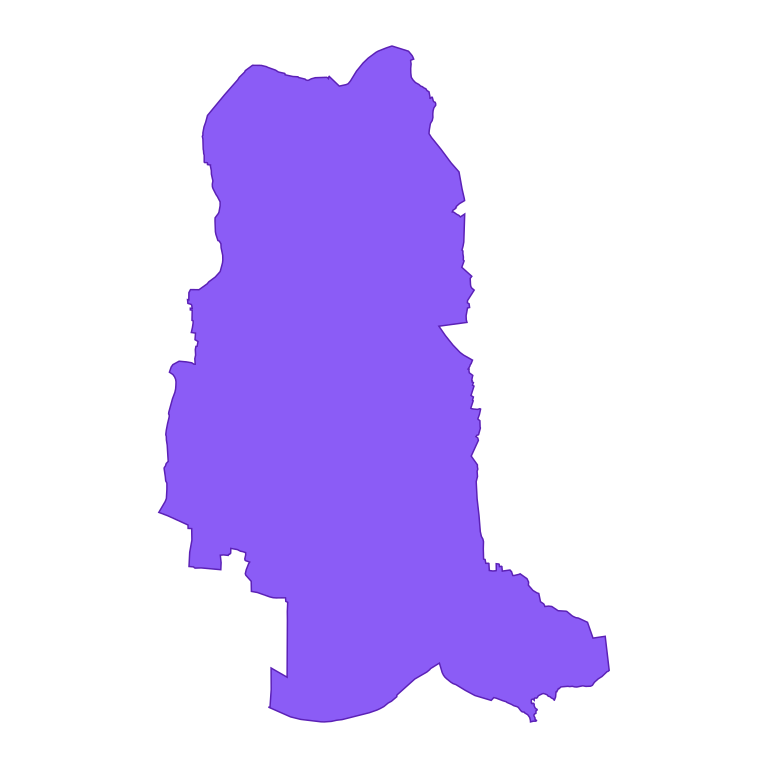 outline of Bang Sai, Phra Nakhon Si Ayutthaya, Thailand
{"feature_id": "78962969B26505935473539", "entity_name": "Bang Sai", "entity_type": "district", "adm_level": 2, "iso_a3": "THA", "parent_name": "Thailand", "parent_adm1": "Phra Nakhon Si Ayutthaya", "projection": "robinson", "projection_center": [100.488, 14.22], "detail": "fine", "context": "isolated", "style": "filled", "palette": "violet", "viewbox_px": 768, "rotation_deg": 0, "n_neighbors": 0, "source": "geoboundaries", "source_scale": "gbopen_adm2", "svg_char_len": 6068}
<svg xmlns="http://www.w3.org/2000/svg" viewBox="0 0 768 768"><path d="M207.5,115.4L205.7,122.1L204.0,126.9L202.9,132.8L202.9,135.2L202.3,136.3L202.9,139.0L203.2,149.3L203.5,150.6L203.7,153.6L204.2,155.2L204.2,162.1L204.7,162.6L206.5,162.6L207.4,162.8L207.6,163.2L207.4,164.1L207.5,164.6L210.5,165.0L210.4,166.1L211.3,170.5L211.4,174.2L212.9,180.9L212.3,184.1L212.4,186.8L213.0,188.6L216.1,194.7L217.4,196.6L220.1,201.8L220.1,205.8L219.0,212.0L218.4,213.4L215.1,217.8L215.0,220.8L215.4,231.8L215.9,234.4L217.9,240.5L219.3,241.1L220.9,243.7L221.1,247.7L222.7,255.3L222.8,260.1L222.5,262.9L220.2,271.5L215.3,277.0L208.8,281.8L207.2,283.8L199.0,289.7L190.5,289.6L188.9,292.6L188.8,299.9L187.5,299.6L187.9,303.4L191.2,304.4L191.7,305.2L192.2,308.3L190.3,308.2L190.3,309.9L192.2,310.2L192.0,320.4L192.9,320.6L193.1,321.0L193.1,323.0L192.4,327.6L191.3,332.5L195.5,333.1L195.0,339.7L198.0,341.5L197.1,346.3L195.9,346.4L195.3,349.6L195.6,355.1L194.8,358.7L195.2,364.2L193.9,364.2L191.8,362.8L186.5,361.9L179.1,361.2L172.9,364.6L171.2,367.0L169.4,372.2L172.9,374.5L174.6,376.9L175.6,379.3L176.0,381.9L175.9,385.2L175.6,389.0L174.9,392.3L172.5,398.7L168.8,412.2L168.6,413.9L169.2,414.9L169.2,416.8L167.6,423.4L166.3,430.1L165.9,433.4L165.8,434.9L166.3,436.4L166.4,440.0L167.2,445.1L168.2,461.4L166.2,463.5L165.4,466.1L164.3,467.5L164.1,468.5L165.3,476.6L165.7,480.9L166.7,482.7L166.9,483.7L166.9,489.2L166.4,498.4L165.2,501.5L158.8,512.4L167.6,515.7L188.0,525.0L188.1,528.4L191.7,528.6L191.9,540.1L189.7,552.3L189.0,566.5L193.5,566.9L194.6,567.9L195.1,568.1L201.1,567.9L220.8,569.7L221.1,562.7L220.3,555.2L223.5,554.9L228.2,555.4L228.5,554.5L229.7,554.3L229.9,553.7L230.7,553.1L230.8,548.4L237.4,549.6L240.5,551.2L242.6,551.6L245.6,552.6L245.7,554.8L244.8,558.8L245.0,560.1L245.7,560.7L249.7,562.1L248.6,563.7L246.2,569.8L245.3,573.7L245.8,575.2L251.2,581.3L251.4,591.4L257.4,592.5L269.8,596.9L273.1,597.7L276.1,597.9L285.5,597.8L285.8,601.4L287.7,602.3L287.3,611.5L287.4,620.3L287.1,677.2L271.1,668.0L271.2,689.6L270.0,707.1L268.4,707.1L290.6,716.9L300.7,719.4L320.9,721.8L324.2,721.9L331.3,721.4L336.9,720.2L342.1,719.6L369.4,712.7L377.1,710.0L380.1,708.6L383.8,706.6L388.2,703.0L391.5,701.2L396.8,696.7L396.8,695.3L397.4,694.6L414.8,679.0L426.9,672.0L429.8,669.6L430.5,668.6L439.4,663.1L442.2,672.6L443.5,675.2L444.9,677.1L446.8,678.9L451.0,682.3L453.1,683.6L455.9,684.6L465.2,690.3L474.9,695.5L491.2,700.4L493.8,697.6L496.3,698.2L502.5,700.6L506.3,701.8L506.9,702.4L511.5,704.4L513.8,705.7L517.1,706.7L518.3,707.4L520.7,710.6L522.1,711.8L524.3,712.2L524.7,712.9L527.7,714.7L529.7,717.5L530.4,720.3L530.5,721.9L533.4,721.2L535.7,721.2L536.4,720.8L536.5,720.4L535.1,719.5L535.0,717.8L534.1,716.2L533.9,715.1L534.5,714.0L535.9,713.4L536.0,710.9L537.2,709.9L537.0,709.3L535.9,708.7L534.9,707.6L534.1,705.5L534.2,704.4L533.8,703.4L532.7,703.2L532.1,703.7L531.3,702.9L531.4,699.8L531.9,699.3L533.0,699.1L534.2,700.2L534.2,699.0L534.5,698.2L535.2,698.0L536.6,698.1L537.4,697.5L538.0,696.2L538.8,695.5L542.2,693.8L543.2,693.5L544.9,693.9L547.1,694.8L548.2,696.2L550.0,696.7L551.3,697.9L553.3,698.9L553.9,699.9L554.4,700.1L555.6,697.0L556.0,692.0L556.4,691.5L556.8,691.7L558.4,688.6L558.9,688.8L561.0,686.9L567.9,686.3L569.7,686.6L572.2,686.3L574.8,686.9L576.9,687.0L582.8,685.8L585.8,686.4L590.6,686.2L592.4,685.3L594.4,682.3L598.3,678.8L602.0,676.5L607.0,671.7L608.1,671.3L609.2,670.4L605.2,636.3L593.0,638.1L587.5,622.3L579.8,618.7L578.2,618.0L575.9,617.7L573.1,616.4L572.1,615.8L566.9,611.5L566.1,611.2L558.1,610.7L551.8,606.5L548.6,606.1L544.8,606.5L544.5,605.4L543.7,603.9L540.5,601.7L538.8,593.5L536.8,592.8L532.9,590.4L528.4,585.2L528.6,582.1L527.0,578.7L520.1,573.8L519.2,574.3L514.2,575.5L512.8,575.5L511.4,571.3L510.7,571.1L510.0,570.0L502.3,571.1L501.9,566.6L501.5,566.3L499.5,566.6L499.2,564.4L498.9,564.0L496.2,563.7L496.3,570.1L496.1,570.7L492.9,571.0L489.3,570.5L488.9,563.5L488.6,563.3L485.8,563.3L485.1,559.5L483.6,559.1L483.3,548.8L483.5,541.7L482.9,539.1L481.4,536.4L480.3,531.6L479.0,515.4L477.1,498.8L476.2,481.6L477.5,476.5L477.1,471.3L477.8,469.1L477.4,466.7L477.4,464.8L471.2,456.1L478.4,440.4L477.8,438.0L475.9,436.6L477.1,435.1L478.3,434.9L478.6,434.6L480.4,428.0L480.1,427.0L479.9,420.7L477.9,419.1L477.9,418.7L479.4,414.5L480.6,409.1L479.9,408.7L477.5,409.4L473.3,409.0L471.5,408.6L470.8,408.2L473.2,400.8L472.5,400.2L473.4,397.0L471.0,395.5L474.0,386.1L472.5,385.2L473.4,382.5L472.0,381.9L472.3,380.8L471.8,380.4L472.2,377.8L472.8,375.4L469.3,372.8L468.9,370.2L469.1,369.1L468.1,369.0L469.8,366.3L470.3,364.6L471.1,363.7L472.5,360.1L463.6,355.1L460.0,352.4L452.9,345.0L445.4,335.6L438.9,326.2L467.0,322.4L466.3,319.9L466.1,315.8L467.5,308.0L469.6,307.5L469.1,303.8L467.4,302.8L467.5,300.6L474.2,290.1L471.7,288.0L470.8,286.4L470.5,284.4L470.2,278.4L471.8,276.3L461.8,267.3L464.1,260.9L463.3,259.9L463.4,257.0L462.9,253.7L462.9,251.0L462.0,250.1L463.1,245.9L463.8,242.0L464.7,214.0L460.4,216.9L458.8,215.3L456.9,214.4L454.4,212.6L453.4,212.0L452.3,211.9L452.9,210.3L455.8,208.3L455.7,207.7L456.4,207.0L456.3,206.4L459.5,203.6L464.6,200.6L464.3,198.6L462.1,189.1L459.0,171.9L451.1,162.9L441.0,149.3L431.4,137.4L429.0,133.6L429.3,130.1L430.3,124.0L430.8,122.8L432.2,120.6L432.9,117.5L432.8,114.1L433.1,110.7L433.9,107.8L435.7,105.3L435.7,103.7L435.2,102.3L434.2,102.0L433.3,101.0L432.3,97.3L431.8,97.2L430.3,98.4L430.0,98.3L429.9,96.3L429.0,91.8L427.0,90.6L425.8,88.7L424.3,88.1L422.2,86.6L420.7,86.1L418.8,84.4L415.5,82.6L413.2,80.2L411.3,77.3L410.8,73.0L410.7,68.4L411.1,64.0L410.6,60.5L410.8,60.2L413.7,59.1L412.7,56.7L412.1,55.6L408.5,51.2L392.3,46.1L391.6,46.1L386.0,48.0L378.2,51.1L376.0,52.3L368.2,58.1L363.1,63.0L356.5,71.1L350.5,80.9L348.2,83.7L346.2,84.6L339.3,86.1L329.2,76.4L328.8,76.9L328.4,78.6L327.4,77.6L326.4,77.3L315.3,77.7L311.3,78.8L308.4,80.3L307.1,80.3L305.9,79.9L305.1,79.1L298.5,77.5L298.0,76.8L292.9,76.5L285.1,74.8L284.9,73.6L284.7,73.4L278.4,72.0L275.5,70.1L267.6,67.3L266.6,66.7L261.3,65.4L252.5,65.3L245.3,70.6L244.6,72.1L239.3,77.3L237.7,79.8L224.8,94.5L207.5,115.4Z" fill="#8b5cf6" stroke="#5b21b6" stroke-width="1.5"/></svg>